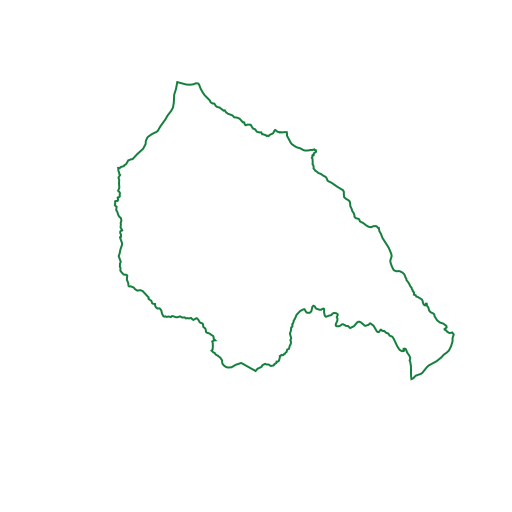 Sáchica, Boyacá, Colombia (Natural Earth projection), rotated 147°
{"feature_id": "7082276B53225686763348", "entity_name": "Sáchica", "entity_type": "district", "adm_level": 2, "iso_a3": "COL", "parent_name": "Colombia", "parent_adm1": "Boyacá", "projection": "natural_earth1", "projection_center": [-73.547, 5.577], "detail": "fine", "context": "isolated", "style": "outline", "palette": "green", "viewbox_px": 512, "rotation_deg": 147, "n_neighbors": 0, "source": "geoboundaries", "source_scale": "gbopen_adm2", "svg_char_len": 6122}
<svg xmlns="http://www.w3.org/2000/svg" viewBox="0 0 512 512"><g transform="rotate(147 256 256)"><path d="M326.6,174.3L319.0,159.8L316.1,160.6L311.8,160.0L310.1,160.9L307.1,160.6L306.4,159.4L305.0,158.5L304.2,157.6L303.7,156.0L302.9,155.4L300.7,154.6L299.5,155.3L297.5,155.1L296.3,156.2L295.5,155.5L293.6,155.8L290.8,158.4L290.5,159.1L289.5,158.9L288.6,159.2L288.0,158.5L286.8,158.1L285.6,158.5L284.9,158.3L284.2,158.7L282.6,158.9L280.8,160.5L278.9,160.2L276.6,162.3L274.6,163.4L273.3,165.2L273.0,166.7L271.3,167.8L269.9,172.3L267.2,174.6L265.5,176.8L263.8,177.1L262.8,179.0L262.4,178.9L260.1,180.5L259.7,181.2L257.3,182.3L254.0,184.6L248.9,185.8L245.5,185.5L244.3,184.9L244.5,182.0L244.0,180.5L242.4,179.4L241.3,179.1L239.6,179.6L236.2,182.8L234.9,183.0L234.2,181.8L234.3,179.8L234.1,179.0L232.1,176.4L230.7,175.5L228.3,175.3L227.8,174.7L227.9,174.2L229.5,171.8L230.6,169.3L230.7,167.8L230.4,166.9L226.8,166.1L225.0,165.4L223.4,166.0L221.6,165.8L219.9,164.3L219.2,162.8L219.6,161.9L221.6,160.8L221.8,159.0L223.1,157.4L226.2,155.4L227.0,154.1L226.7,153.3L225.5,152.3L223.9,151.7L221.0,151.8L220.1,151.3L218.6,148.4L217.0,147.2L216.3,144.3L212.1,143.8L207.4,145.2L206.3,145.2L205.2,144.7L204.2,143.2L202.8,138.5L202.4,137.9L199.1,137.0L197.1,137.4L196.7,137.1L195.4,133.5L195.7,127.1L195.4,126.0L194.8,125.5L193.8,125.4L191.7,126.3L191.3,126.2L190.8,124.3L189.2,123.1L188.7,120.7L187.3,119.1L187.3,116.4L185.6,114.0L185.6,111.6L186.7,103.2L186.7,99.2L185.6,96.9L184.6,96.2L183.4,95.9L183.2,96.3L183.2,97.3L182.7,97.8L182.0,97.5L181.2,96.6L181.1,95.9L181.8,92.8L181.7,89.1L182.1,86.6L184.1,84.6L184.2,83.5L186.1,79.1L191.2,71.1L192.7,68.1L190.9,67.8L187.3,68.6L181.4,67.3L179.9,67.5L173.8,69.5L171.0,70.1L161.6,69.4L156.0,70.0L152.1,71.0L148.5,71.1L145.6,71.7L141.5,74.1L137.5,77.5L135.9,80.1L132.9,82.5L133.1,85.0L134.7,85.5L135.9,86.3L137.0,88.6L137.0,89.9L137.9,91.5L137.6,92.1L135.1,92.2L134.4,93.8L135.8,97.4L137.8,99.8L139.1,103.2L139.1,108.0L138.4,109.7L138.4,110.8L140.2,113.8L140.5,115.8L139.5,119.0L139.7,121.6L138.9,122.6L138.8,123.1L139.5,123.5L140.2,122.5L140.7,122.3L141.3,122.7L141.8,123.9L141.3,126.4L140.7,127.6L140.6,129.3L142.7,133.6L143.6,134.7L143.5,136.2L144.6,137.6L143.3,139.3L143.7,141.2L143.2,141.9L143.3,143.4L142.8,144.6L143.1,146.7L142.6,149.8L142.9,154.1L142.3,155.1L142.3,156.6L141.6,159.7L142.2,162.4L143.7,164.9L144.9,165.9L146.2,166.4L147.8,168.4L148.2,169.4L147.6,174.0L146.7,177.4L145.9,179.0L142.3,182.0L141.4,184.0L140.2,190.7L140.1,202.2L139.2,206.4L139.0,209.6L137.8,212.5L138.2,212.6L138.7,215.2L139.3,215.9L141.5,217.1L143.9,217.5L145.6,219.1L146.9,221.6L148.1,225.2L150.0,228.5L149.5,230.5L149.9,231.4L151.8,233.5L152.0,235.3L151.1,237.0L150.7,238.9L150.8,241.2L150.1,243.6L149.8,246.2L148.1,249.6L147.7,250.9L148.2,252.6L149.4,255.0L150.0,257.4L148.9,259.6L147.4,261.9L147.2,263.8L150.0,269.5L152.9,276.6L154.6,279.3L154.9,280.3L154.4,282.8L154.5,284.5L155.8,286.6L156.9,289.5L158.5,291.6L158.9,293.2L159.9,295.4L159.8,296.4L160.1,298.0L159.2,299.2L158.6,300.6L158.5,302.4L157.5,303.5L155.7,306.7L155.7,308.0L154.6,308.5L154.1,309.5L153.6,309.8L152.9,309.1L152.4,309.4L152.2,310.1L151.4,310.6L148.9,310.7L148.2,312.2L149.1,313.0L149.1,313.7L151.2,314.3L152.1,315.0L154.6,316.0L157.1,317.5L158.3,318.6L160.5,322.6L162.3,324.5L163.3,326.2L165.0,330.2L165.2,331.8L164.5,340.0L163.4,341.6L162.8,343.1L163.3,343.2L164.0,344.0L166.8,345.4L168.3,346.8L168.8,346.6L170.4,348.7L171.2,351.2L171.7,351.3L174.9,349.6L178.6,350.1L180.1,349.7L181.1,350.8L181.8,351.0L181.8,351.7L183.8,354.3L184.5,354.7L184.3,356.9L185.6,357.6L187.4,359.4L187.7,360.5L187.7,362.6L189.1,364.6L189.0,369.0L191.5,370.8L193.1,371.1L193.6,371.5L193.6,373.1L193.1,374.3L193.3,374.8L194.2,375.2L195.0,380.2L196.6,382.5L198.7,384.1L199.1,386.4L199.4,387.1L202.0,390.5L202.9,392.8L202.9,395.2L204.0,395.5L205.7,400.4L207.3,402.0L208.0,403.7L207.9,405.8L208.1,406.8L209.5,407.7L210.3,409.7L210.0,411.6L211.5,418.8L211.6,422.4L211.3,426.4L210.4,430.8L210.5,432.1L212.4,433.6L215.3,434.2L217.9,435.5L220.9,437.6L227.3,444.7L232.1,439.7L236.8,435.8L241.3,429.5L244.8,425.7L248.1,423.9L253.8,421.9L257.4,420.0L265.6,416.8L270.3,414.4L272.1,414.3L276.6,414.9L281.3,414.8L282.8,414.4L285.8,412.4L287.6,410.0L292.3,407.4L300.3,406.1L306.2,404.6L306.9,404.5L308.5,405.3L309.8,405.4L311.0,405.8L314.4,404.0L315.3,403.7L316.7,403.9L317.8,403.4L321.3,404.3L322.4,403.9L323.6,404.9L325.1,402.1L325.3,400.7L326.0,399.2L325.8,398.0L328.6,396.7L329.3,394.3L331.3,391.6L333.3,387.9L336.1,385.7L335.7,383.8L335.9,382.8L337.1,381.4L337.7,380.2L338.9,379.9L339.7,380.3L340.2,380.3L341.2,378.1L342.1,377.6L343.6,378.5L344.3,378.6L345.3,377.0L346.6,375.7L346.6,374.7L346.1,373.2L348.2,370.7L348.3,368.6L349.1,365.6L349.3,363.7L348.7,361.4L349.6,359.0L351.6,357.3L352.1,356.1L353.9,353.9L354.1,353.2L354.2,350.4L354.7,350.3L355.7,350.7L356.7,350.3L357.4,349.1L357.6,347.5L358.6,345.8L358.9,345.6L359.6,345.9L360.0,345.5L361.3,339.8L362.0,338.6L366.6,334.9L369.2,332.2L371.2,330.7L372.6,324.8L374.1,323.8L375.9,321.4L376.2,319.7L377.7,317.7L377.7,316.2L377.2,312.9L376.8,312.2L375.1,311.0L374.6,309.8L377.2,306.5L377.9,302.8L379.0,300.9L379.1,299.9L378.8,299.4L377.5,298.7L375.6,295.9L375.6,294.3L374.4,291.6L371.7,290.4L370.2,288.4L368.6,279.7L369.3,279.0L369.4,278.3L368.2,275.4L368.8,272.8L368.4,272.1L366.8,270.7L367.7,269.3L367.8,267.2L367.2,265.6L365.4,264.6L365.2,264.0L365.1,261.9L366.2,258.9L366.5,255.9L365.9,255.1L364.9,254.8L364.3,253.7L362.2,252.8L360.7,251.2L360.3,251.1L359.4,251.4L358.6,251.0L356.3,248.0L354.0,247.0L352.6,246.8L351.4,244.6L349.3,243.4L348.7,241.8L347.3,241.2L346.3,240.2L344.2,239.4L343.8,237.4L343.3,236.5L339.9,236.3L339.4,235.8L339.1,233.5L339.3,232.0L339.2,230.9L338.9,230.1L337.7,228.7L337.6,227.6L338.8,225.3L338.0,222.5L339.3,219.3L338.7,218.0L337.5,216.8L335.5,212.1L335.9,210.7L336.6,209.6L336.1,207.5L337.3,208.1L339.2,208.2L339.7,206.5L341.6,203.4L343.6,201.0L344.8,200.9L344.3,198.4L343.4,196.9L343.5,195.4L342.2,192.9L341.3,190.1L341.3,186.9L342.3,185.3L342.8,183.7L342.6,181.9L341.8,179.6L340.4,177.8L337.1,176.0L332.3,175.8L326.6,174.3Z" fill="none" stroke="#15803d" stroke-width="2"/></g></svg>